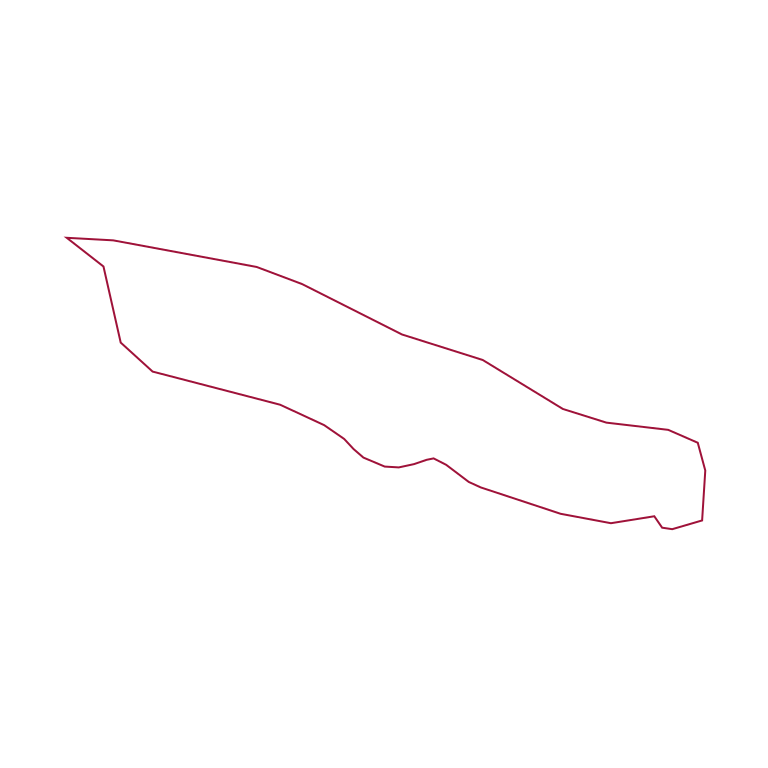 the state/province of Macquarie Island, rotated 275°
{"feature_id": "AUS+00?", "entity_name": "Macquarie Island", "entity_type": "state/province", "adm_level": 1, "iso_a3": "AUS", "parent_name": "Australia", "parent_adm1": "", "projection": "natural_earth1", "projection_center": [158.879, -54.61], "detail": "fine", "context": "isolated", "style": "outline", "palette": "rose", "viewbox_px": 768, "rotation_deg": 275, "n_neighbors": 0, "source": "natural_earth", "source_scale": "10m", "svg_char_len": 572}
<svg xmlns="http://www.w3.org/2000/svg" viewBox="0 0 768 768"><g transform="rotate(275 384 384)"><path d="M376.2,152.4L402.3,118.1L476.6,94.3L502.0,55.2L503.5,101.7L489.5,246.9L476.4,293.7L434.9,397.6L416.5,480.3L374.7,564.4L364.9,608.9L363.1,671.1L352.8,701.7L325.8,711.6L275.8,712.8L264.5,683.8L265.1,673.6L275.8,664.8L265.1,622.2L270.1,571.2L289.4,489.4L293.8,477.0L308.9,453.0L314.2,439.9L312.2,433.1L306.8,420.9L302.2,406.0L301.8,391.9L308.9,369.9L316.5,359.4L325.8,349.1L337.8,328.0L354.3,282.3L376.2,152.4Z" fill="none" stroke="#9f1239" stroke-width="2"/></g></svg>